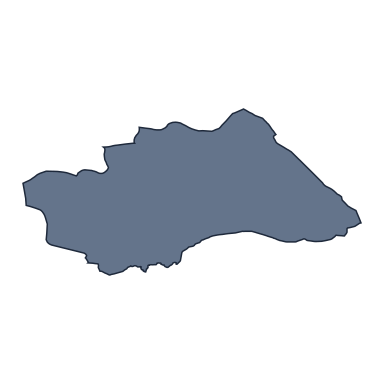 the district of Hornindal nor, Sogn og Fjordane, Norway
{"feature_id": "86288312B93534014402224", "entity_name": "Hornindal nor", "entity_type": "district", "adm_level": 2, "iso_a3": "NOR", "parent_name": "Norway", "parent_adm1": "Sogn og Fjordane", "projection": "robinson", "projection_center": [6.586, 61.998], "detail": "fine", "context": "isolated", "style": "filled", "palette": "slate", "viewbox_px": 384, "rotation_deg": 0, "n_neighbors": 0, "source": "geoboundaries", "source_scale": "gbopen_adm2", "svg_char_len": 5806}
<svg xmlns="http://www.w3.org/2000/svg" viewBox="0 0 384 384"><path d="M243.5,109.0L241.6,109.9L234.5,113.0L232.6,113.6L230.7,115.7L226.1,121.0L221.9,125.3L220.4,127.2L219.0,128.5L215.6,129.7L213.9,130.5L211.9,131.3L202.8,130.7L198.8,130.9L195.3,130.0L191.7,128.8L188.8,127.5L185.7,125.7L182.4,124.1L180.7,123.1L179.5,122.8L177.5,122.4L175.7,122.2L172.7,122.4L171.5,122.8L170.0,123.3L168.6,124.0L167.8,124.8L167.2,125.5L166.9,126.4L165.9,127.2L165.1,127.9L161.9,129.5L160.8,129.8L159.4,129.9L156.8,129.9L154.2,129.6L152.8,129.3L151.9,129.0L149.4,128.6L145.8,128.2L139.2,127.3L139.3,128.1L139.3,129.5L139.3,129.9L139.2,130.6L139.1,131.3L138.4,132.8L137.6,134.0L136.6,135.0L136.1,135.6L135.4,136.8L135.0,137.3L134.6,138.1L134.5,138.8L134.2,139.6L134.2,140.3L134.1,140.8L134.2,142.6L134.6,143.2L132.5,143.3L125.1,144.1L117.7,145.1L115.0,145.4L113.9,145.6L112.5,145.9L111.1,146.3L108.6,146.8L106.0,147.0L103.4,147.1L104.4,147.9L104.7,148.6L104.9,149.4L104.9,150.2L104.6,152.5L104.2,154.2L104.3,155.0L104.3,155.7L104.5,157.3L104.8,159.4L105.2,160.5L106.1,162.2L106.9,164.5L107.7,165.8L108.4,167.4L108.3,168.0L108.1,168.5L107.7,169.2L106.8,170.5L105.0,172.0L104.2,172.6L103.1,173.1L102.2,173.4L101.1,173.4L100.0,173.4L98.7,173.1L96.9,172.2L96.1,171.8L94.6,171.3L92.9,170.9L91.7,170.5L85.6,169.9L84.2,169.9L83.1,170.1L81.5,170.7L78.0,173.1L77.4,174.8L76.3,175.9L74.8,175.4L73.5,175.0L71.3,174.2L68.2,173.2L66.5,172.7L63.0,172.1L57.7,171.5L55.2,171.4L46.2,171.2L40.1,173.3L37.3,174.7L34.7,176.8L32.3,178.4L31.0,179.4L29.3,180.4L26.2,181.8L23.0,183.3L24.2,189.8L25.7,198.4L26.2,205.4L30.4,206.5L35.4,208.1L40.0,209.8L41.1,210.5L42.4,211.8L43.3,213.1L44.2,214.5L44.9,216.1L45.5,217.9L47.3,224.0L46.8,233.2L46.2,239.7L46.8,241.0L47.4,242.2L48.6,243.4L50.0,244.3L51.6,245.0L54.8,245.8L77.8,251.5L84.1,253.1L85.6,254.0L86.6,255.4L86.4,256.3L85.4,257.8L85.6,257.9L85.9,258.4L86.9,259.9L88.1,261.9L88.4,262.4L87.9,262.9L92.7,263.2L95.3,263.6L97.7,263.8L98.0,263.9L98.5,265.1L98.4,266.3L98.3,267.1L98.3,267.4L98.6,268.3L99.3,269.6L99.8,271.1L102.0,271.4L102.5,271.7L105.1,273.1L106.5,273.6L109.1,274.9L109.9,275.0L111.1,274.5L112.4,274.2L114.0,273.9L122.8,271.4L124.7,269.9L126.7,268.8L127.7,267.4L129.3,266.7L130.1,266.5L130.2,266.4L130.5,266.1L130.8,265.9L131.0,266.0L131.6,266.4L131.8,266.5L132.2,266.5L132.9,266.4L133.6,266.1L134.3,265.8L134.7,265.7L135.0,265.7L136.0,265.9L136.5,266.1L137.1,266.5L137.4,266.8L137.7,266.9L137.9,266.9L138.3,266.9L138.9,266.9L139.5,266.9L139.8,266.7L140.2,266.6L140.4,266.6L140.8,266.7L141.2,267.0L141.1,267.3L140.8,267.7L141.0,268.5L141.2,268.8L141.2,269.0L141.3,269.2L141.4,269.3L141.5,269.5L141.8,269.6L142.2,269.7L142.3,269.8L142.4,270.0L142.7,270.0L143.2,270.2L143.4,270.4L143.5,270.4L143.6,270.5L143.5,270.9L143.4,271.0L143.9,271.4L144.4,271.6L145.2,271.9L145.7,271.9L145.8,271.6L146.3,269.8L146.5,269.0L147.2,268.7L147.3,268.5L147.4,268.1L147.6,268.0L147.9,267.8L148.0,267.7L147.9,267.3L147.9,267.1L148.0,266.8L147.9,266.4L148.0,265.5L148.3,265.4L149.3,265.3L149.3,264.9L149.6,264.9L149.8,264.9L150.9,264.7L151.2,264.7L152.2,264.8L154.3,264.7L154.5,264.6L155.7,264.7L156.0,264.7L156.3,264.5L156.7,263.9L156.9,263.7L157.0,263.5L157.4,263.3L157.3,263.2L158.2,262.9L159.6,263.1L160.4,263.1L161.0,263.4L161.1,263.8L161.0,264.1L161.3,264.2L161.4,264.3L161.5,264.3L162.6,264.9L163.5,265.1L164.0,265.1L164.0,265.3L164.3,265.7L164.5,266.0L164.9,266.3L165.1,266.6L166.1,267.0L167.0,267.4L168.0,267.3L170.1,265.6L170.5,265.2L171.2,265.1L171.6,264.8L172.1,264.4L172.5,263.9L173.1,262.9L173.3,262.9L173.8,262.6L174.0,262.6L174.5,262.4L175.7,262.5L176.0,262.6L176.2,262.8L176.2,263.0L176.1,263.4L176.2,263.6L176.1,263.8L176.2,264.2L177.0,264.2L180.0,261.3L180.4,260.6L181.9,252.3L183.0,251.1L184.4,250.3L185.5,249.7L186.4,249.1L187.4,248.4L188.1,247.6L188.9,247.0L189.8,246.8L190.8,246.6L192.1,246.4L193.2,246.1L194.4,245.3L194.6,244.8L195.0,244.3L195.6,244.0L195.9,243.7L197.3,243.3L198.4,242.9L199.5,242.6L199.9,242.3L200.3,241.7L200.8,241.3L200.9,240.9L201.3,240.5L201.9,240.2L202.6,239.9L203.3,239.8L204.0,239.4L204.9,239.0L206.2,238.5L208.9,237.6L209.9,236.9L212.7,235.9L217.3,235.0L219.3,234.7L222.5,234.4L225.8,233.9L228.1,233.6L235.5,232.9L239.4,232.0L242.5,231.3L243.6,231.4L245.3,231.3L251.6,231.3L252.5,231.5L253.1,231.7L255.3,232.3L256.8,232.8L258.6,233.3L260.2,233.8L262.4,234.4L266.5,235.7L267.8,236.2L270.4,237.0L272.8,237.7L273.9,238.3L275.0,238.5L277.3,239.6L278.6,240.0L279.3,240.4L281.9,240.9L283.5,241.3L285.7,241.8L286.7,241.9L288.3,241.9L295.3,241.9L296.1,241.8L297.6,241.1L298.2,240.9L300.5,240.1L301.8,239.7L303.2,239.1L304.0,238.8L305.2,239.2L306.2,239.8L307.0,240.4L308.2,240.6L309.9,240.8L313.8,241.4L315.0,241.5L316.7,241.5L321.5,241.3L323.8,240.9L325.9,240.5L327.2,240.2L329.4,239.7L330.7,239.4L332.1,238.7L332.7,238.2L334.8,236.6L335.5,235.8L336.1,235.2L337.1,235.4L338.2,235.5L341.5,235.7L343.4,235.9L344.5,235.9L344.7,235.4L345.6,234.5L346.0,233.9L346.3,233.5L346.9,232.5L347.0,231.8L347.0,230.4L347.0,229.3L347.1,228.5L347.5,228.0L348.7,227.8L350.3,227.5L353.1,226.8L354.9,226.3L357.1,224.9L359.5,223.3L361.0,222.9L359.1,218.1L356.8,212.7L356.3,211.3L355.9,210.5L352.8,208.9L351.6,208.3L347.8,206.0L347.2,205.3L345.7,203.7L342.2,200.1L341.8,198.5L341.5,196.8L339.4,195.2L337.2,194.1L334.2,191.2L332.0,189.5L330.4,188.5L326.1,186.4L325.0,185.7L323.5,184.3L322.5,182.8L311.1,171.4L303.3,163.7L300.0,160.4L298.8,159.3L291.2,151.8L288.2,149.9L287.0,149.3L286.2,148.8L283.8,147.3L278.0,143.9L277.2,143.3L276.3,142.6L275.2,140.6L274.7,139.5L273.8,138.3L273.6,137.4L273.6,136.2L275.9,134.5L275.2,133.7L274.7,132.9L273.3,130.9L272.5,130.1L271.3,128.4L270.0,126.4L268.4,124.2L267.1,123.1L266.1,121.9L264.6,120.5L262.6,118.3L259.1,117.0L257.2,116.3L255.0,115.5L252.1,113.6L249.2,112.3L246.1,110.4L243.5,109.0Z" fill="#64748b" stroke="#1e293b" stroke-width="1.5"/></svg>